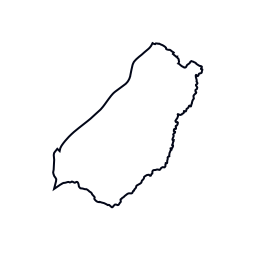 Cornu, Prahova, Romania (Robinson projection), rotated 62°
{"feature_id": "2599482B24728633009802", "entity_name": "Cornu", "entity_type": "district", "adm_level": 2, "iso_a3": "ROU", "parent_name": "Romania", "parent_adm1": "Prahova", "projection": "robinson", "projection_center": [25.708, 45.167], "detail": "fine", "context": "isolated", "style": "outline", "palette": "ink", "viewbox_px": 256, "rotation_deg": 62, "n_neighbors": 0, "source": "geoboundaries", "source_scale": "gbopen_adm2", "svg_char_len": 5714}
<svg xmlns="http://www.w3.org/2000/svg" viewBox="0 0 256 256"><g transform="rotate(62 128 128)"><path d="M179.4,113.0L178.4,112.4L177.8,112.1L177.5,111.6L176.8,111.3L176.7,111.2L177.3,110.3L177.3,110.1L177.1,109.8L176.4,109.3L175.7,109.0L175.4,108.8L173.9,107.4L172.9,107.0L172.7,106.9L172.3,106.2L172.3,105.7L172.4,105.2L172.4,104.8L172.2,104.7L171.4,104.4L170.5,103.7L169.6,103.1L168.6,101.8L167.6,100.7L167.6,100.4L167.7,100.2L167.7,99.9L167.6,99.7L167.4,99.6L167.1,99.6L166.6,100.1L166.4,100.1L166.0,100.0L166.0,99.8L166.0,99.6L166.4,99.1L166.4,98.4L165.8,97.5L165.3,97.0L165.1,96.7L164.7,96.5L164.4,96.4L164.2,96.5L164.2,96.8L164.1,97.0L163.9,97.1L163.7,97.0L162.9,95.9L161.5,94.7L161.2,94.1L160.7,93.7L160.4,93.6L160.2,93.4L160.0,93.8L159.8,94.2L159.3,94.2L158.9,94.1L158.2,93.4L156.9,91.8L156.5,91.5L156.3,91.3L155.4,91.2L154.9,91.1L154.6,90.6L154.5,90.1L154.3,89.9L154.3,89.1L154.0,88.6L153.8,88.4L153.6,88.3L153.4,88.2L153.1,88.4L152.9,88.8L152.7,88.9L152.3,89.0L151.6,88.6L150.9,88.1L150.7,87.6L150.7,87.2L150.9,86.7L151.2,86.4L151.2,86.1L151.1,85.9L150.5,85.6L148.9,85.1L148.7,84.9L148.6,84.7L148.7,83.9L148.6,83.5L148.1,82.6L147.2,81.8L146.8,81.5L146.0,81.6L145.9,81.7L145.8,82.3L145.7,82.5L145.3,82.8L145.0,82.9L144.7,82.9L144.1,82.8L143.9,82.7L143.7,82.3L142.8,80.7L142.6,80.1L141.3,78.6L140.9,78.2L140.4,77.9L139.3,77.7L139.2,77.5L139.4,77.2L140.5,76.3L141.0,75.8L141.1,75.2L141.3,74.2L140.9,73.5L141.0,72.6L140.8,71.7L140.6,71.4L139.4,70.7L139.6,70.2L140.2,69.9L140.4,69.4L140.4,69.1L140.1,68.6L138.6,67.2L138.6,66.2L138.3,65.1L138.0,64.8L137.4,64.1L137.1,63.6L137.1,63.3L137.2,63.1L137.8,62.8L138.3,62.6L138.4,62.4L138.3,62.1L137.6,61.5L136.7,60.7L136.5,60.3L136.1,59.9L135.4,59.5L134.8,58.8L134.2,58.3L133.4,57.1L133.0,56.1L131.0,55.4L130.5,55.2L130.2,54.8L129.7,53.9L129.5,53.2L129.3,52.4L129.2,51.7L128.7,51.1L128.3,51.0L127.7,51.3L126.6,50.9L126.3,50.7L126.1,50.5L126.0,50.2L125.9,48.9L124.9,47.9L124.6,47.8L123.3,47.9L122.7,48.0L122.3,48.0L121.9,47.8L121.7,47.6L121.5,46.3L121.3,46.0L121.1,45.7L120.1,45.5L119.7,45.6L119.2,45.7L118.4,45.1L117.7,44.8L115.3,44.3L113.7,43.7L113.3,43.4L113.1,43.0L113.2,42.8L113.5,42.7L114.7,42.3L114.9,42.1L114.8,41.6L114.6,41.1L113.8,40.4L113.5,39.9L113.4,39.4L113.7,38.5L113.8,37.9L113.8,37.4L113.7,37.0L113.3,36.6L112.4,36.0L111.7,35.2L111.2,34.9L110.7,35.0L110.3,35.6L110.1,35.8L109.9,35.7L109.3,35.0L108.8,34.1L108.3,34.1L107.9,34.3L107.1,35.1L106.9,35.5L105.9,36.2L103.5,37.5L102.3,37.7L99.7,39.6L99.2,40.3L98.7,40.6L98.7,41.0L98.8,41.6L98.9,41.9L99.7,43.2L100.1,46.1L100.4,46.7L101.3,47.9L101.4,48.2L101.5,48.6L101.4,49.4L101.1,49.5L100.5,50.4L99.4,50.9L98.7,51.5L94.9,53.0L94.7,53.2L94.6,52.9L94.1,52.6L93.7,52.1L93.1,51.6L91.9,51.4L91.4,51.1L90.5,51.0L90.3,51.0L89.7,51.3L88.6,51.5L88.1,51.1L87.9,51.7L87.7,52.0L86.9,52.2L85.4,53.0L84.7,53.1L83.7,53.6L83.2,52.9L82.9,52.2L82.4,52.4L81.1,53.2L80.4,53.5L79.8,53.7L78.7,54.3L78.5,54.5L78.3,55.1L78.1,55.4L77.1,56.6L76.3,57.1L76.0,57.2L74.9,56.8L74.6,56.9L73.6,57.2L71.9,58.1L70.6,59.0L69.7,59.8L68.3,60.8L68.1,61.0L68.1,61.3L68.0,61.5L67.7,61.8L67.4,62.3L66.9,62.8L66.5,63.6L66.4,63.8L66.6,64.4L66.7,64.6L66.6,64.8L65.9,65.6L64.6,66.5L65.5,67.8L66.4,69.2L67.2,71.0L67.7,72.6L68.8,77.8L69.7,81.5L70.3,84.8L71.2,88.5L71.9,90.5L72.5,91.9L73.7,93.5L74.5,94.4L78.2,97.6L82.7,101.3L83.3,101.7L84.4,102.9L85.0,103.5L86.3,105.4L87.1,106.9L87.3,107.5L87.9,109.2L88.2,111.0L88.7,114.3L89.9,122.3L90.3,124.1L90.7,125.4L91.7,128.0L93.5,131.9L96.3,137.6L97.5,140.2L98.6,143.0L98.9,143.9L100.4,149.8L102.2,156.8L102.9,160.3L104.9,171.5L106.1,177.5L107.0,181.0L108.0,184.4L109.4,188.2L110.0,189.8L111.0,192.1L112.4,194.9L113.7,196.8L114.2,197.4L116.3,199.2L115.1,199.6L113.2,200.2L114.9,204.1L115.5,205.1L117.1,206.3L121.4,208.1L129.9,213.2L132.0,214.9L133.6,215.4L136.0,215.7L137.6,215.4L139.5,215.4L141.2,216.5L147.1,221.9L146.2,213.9L146.3,213.0L146.1,212.1L146.2,211.2L146.3,210.5L146.7,209.7L147.1,208.2L147.3,207.0L147.5,206.4L147.8,205.7L148.7,205.0L148.9,204.5L149.0,203.6L148.9,203.0L149.0,202.7L149.4,202.2L151.1,201.0L151.3,200.7L151.4,200.4L151.4,199.3L151.4,198.9L151.5,198.6L151.8,198.2L152.2,198.0L152.7,197.9L153.5,197.9L154.9,198.2L156.0,198.6L156.5,198.8L157.0,198.8L158.0,198.6L158.9,198.3L160.2,196.4L161.6,195.0L162.1,194.3L162.5,193.5L163.2,193.0L164.4,192.4L166.1,191.8L167.2,191.1L168.5,190.7L169.8,190.8L171.4,190.4L172.2,190.2L173.0,190.0L173.3,190.0L173.6,190.0L173.9,190.2L174.3,190.7L174.6,190.9L175.2,191.0L175.8,190.9L177.4,190.4L178.4,189.9L179.3,189.1L179.9,188.3L179.8,188.1L179.9,187.7L180.4,187.3L180.6,187.0L181.2,186.5L183.0,184.5L184.3,183.5L185.9,182.4L186.5,182.1L186.7,181.8L186.8,181.1L187.0,180.9L187.2,180.7L190.2,179.6L190.5,179.3L190.6,178.9L190.5,178.4L190.3,177.9L190.0,177.3L189.6,176.0L189.5,175.5L189.9,174.6L191.3,173.2L191.4,172.4L191.0,171.6L190.3,170.4L190.1,169.7L189.8,169.1L189.4,168.8L188.0,168.3L187.6,168.1L187.5,167.8L187.4,166.7L187.1,166.1L187.0,165.7L187.0,164.4L186.5,162.9L186.1,160.6L185.9,159.4L186.0,158.2L186.3,157.5L187.3,155.8L187.4,155.1L187.2,154.5L186.9,154.1L186.4,153.5L186.1,153.1L186.1,152.4L186.1,152.0L185.4,151.5L184.6,149.3L184.2,148.8L183.5,148.2L183.1,147.8L182.9,147.2L182.8,143.3L182.6,142.3L182.4,141.8L182.0,141.4L181.1,140.5L180.9,140.1L180.7,139.2L180.5,138.6L179.8,137.5L178.7,136.6L178.6,135.9L178.4,133.6L178.7,132.5L179.1,131.5L180.5,131.0L180.8,130.4L180.7,130.1L180.0,129.3L179.7,128.8L179.6,127.9L177.9,126.9L177.4,126.3L177.3,126.0L177.2,125.6L177.3,124.9L178.0,123.4L178.1,122.5L178.4,121.7L178.8,121.0L179.6,120.1L179.8,119.7L179.8,119.4L179.7,119.1L178.9,117.5L178.8,116.7L178.9,115.6L179.3,115.1L179.7,114.6L179.8,114.4L179.9,114.2L179.8,113.9L179.4,113.0Z" fill="none" stroke="#020617" stroke-width="2"/></g></svg>